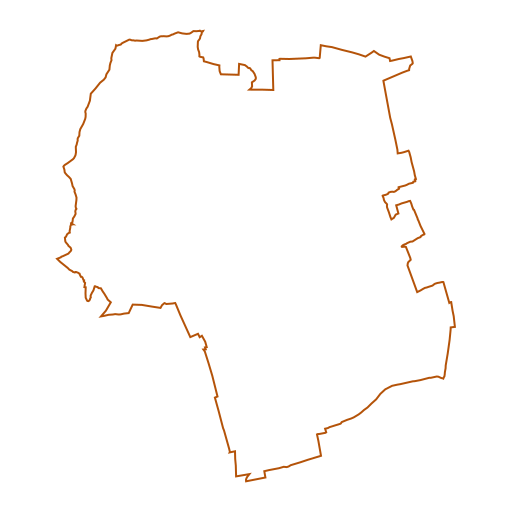 Negresti, Vaslui, Romania, rotated 90°
{"feature_id": "2599482B79763649175164", "entity_name": "Negresti", "entity_type": "district", "adm_level": 2, "iso_a3": "ROU", "parent_name": "Romania", "parent_adm1": "Vaslui", "projection": "mercator", "projection_center": [27.465, 46.836], "detail": "fine", "context": "isolated", "style": "outline", "palette": "amber", "viewbox_px": 512, "rotation_deg": 90, "n_neighbors": 0, "source": "geoboundaries", "source_scale": "gbopen_adm2", "svg_char_len": 5946}
<svg xmlns="http://www.w3.org/2000/svg" viewBox="0 0 512 512"><g transform="rotate(90 256 256)"><path d="M258.8,454.9L261.9,451.8L268.2,444.0L269.6,442.7L271.2,439.7L271.9,439.1L272.5,437.1L272.0,436.6L272.0,435.9L272.9,433.6L273.6,432.8L273.7,432.4L274.8,432.1L276.8,431.1L276.8,430.3L277.5,429.5L279.4,428.8L280.0,428.3L280.5,428.3L280.5,427.9L281.7,428.0L282.9,426.9L287.1,427.6L287.3,426.3L293.3,426.5L297.7,426.3L300.7,424.9L301.0,424.4L301.1,423.5L300.4,422.6L299.5,422.1L298.4,421.8L297.4,421.2L296.3,421.4L295.4,421.3L292.5,419.9L291.5,419.2L290.2,418.5L286.3,417.3L286.2,417.0L286.7,416.0L287.1,414.3L288.1,413.5L288.3,411.1L291.4,409.3L293.7,407.7L298.5,404.8L299.5,404.4L302.3,401.2L310.7,406.1L316.4,411.0L315.8,407.6L314.8,403.4L314.5,399.1L314.1,396.8L314.5,393.4L314.4,391.4L313.6,388.0L313.1,383.3L304.6,379.3L304.9,370.2L306.6,360.0L307.9,351.5L305.2,350.0L303.2,347.7L303.1,347.4L304.0,345.7L303.5,339.4L303.0,336.8L304.4,336.1L315.3,331.6L337.1,321.7L333.8,314.0L337.2,312.3L335.8,310.1L341.7,306.8L347.1,305.3L347.4,307.0L349.3,306.3L349.5,308.6L351.4,307.2L363.4,303.4L375.8,299.7L396.5,294.5L397.6,297.1L411.3,293.3L428.2,288.9L430.4,288.0L448.6,282.9L452.0,282.1L452.4,282.3L451.3,277.0L459.0,276.8L465.6,276.2L476.4,275.9L474.1,262.6L476.9,264.8L478.4,265.6L479.8,266.0L481.3,265.9L477.5,246.6L471.2,247.7L470.1,243.0L468.2,233.0L466.8,228.3L467.1,225.3L466.5,223.4L465.2,221.3L462.3,211.7L459.8,204.2L455.8,191.0L441.0,193.6L434.4,195.0L434.1,194.4L433.9,192.2L432.8,186.5L432.3,185.8L428.7,186.9L428.1,184.2L427.1,182.4L423.8,171.7L423.5,171.2L422.1,170.3L419.9,165.0L418.5,160.8L417.4,158.3L414.4,153.3L412.5,150.8L410.0,148.0L407.5,144.5L403.6,140.6L399.3,135.8L393.8,131.6L389.3,126.7L385.8,119.9L384.6,114.4L384.2,111.9L381.3,99.1L381.2,97.4L380.1,91.6L377.8,82.8L377.8,81.2L376.5,75.2L376.7,73.6L378.0,70.8L378.4,69.1L378.6,68.7L377.3,68.2L376.4,67.6L374.6,67.3L372.1,67.1L368.2,66.4L365.5,66.3L353.6,64.3L340.0,62.4L329.8,61.4L327.4,61.3L326.9,57.1L316.2,58.3L310.9,59.4L302.1,60.8L302.2,61.6L302.9,62.7L282.1,68.6L282.0,68.8L282.0,69.9L282.6,72.4L283.0,74.7L283.7,76.9L284.0,77.5L285.6,79.5L286.8,83.3L287.5,85.3L287.9,87.1L289.1,89.3L290.4,91.4L292.1,94.8L265.5,104.5L263.3,104.2L262.1,103.7L259.8,101.3L258.0,101.7L246.9,106.1L246.8,106.4L246.7,107.7L246.9,109.6L246.8,110.2L246.4,110.3L245.2,109.1L244.9,108.2L244.5,107.8L243.9,105.9L243.2,105.0L241.7,101.7L241.5,99.5L238.1,94.2L237.8,93.2L237.4,92.5L237.2,91.6L235.9,90.8L234.6,88.5L234.4,87.7L234.0,87.5L225.9,91.5L220.3,93.7L219.6,94.2L218.5,94.4L209.8,98.0L209.7,98.4L209.6,98.6L206.3,99.9L203.6,100.7L200.9,101.9L201.1,103.1L201.9,105.1L203.4,110.4L204.5,113.0L205.3,115.8L213.5,113.6L214.6,116.3L217.8,118.1L219.4,120.6L217.0,121.6L212.3,123.1L207.5,124.9L206.0,125.1L204.5,124.9L203.9,125.2L202.2,126.9L201.1,127.5L199.8,128.1L198.1,128.4L195.8,129.4L195.5,129.1L194.8,126.2L194.0,124.3L193.7,123.9L192.6,123.4L191.9,121.5L191.7,119.6L191.9,118.5L191.7,117.4L190.7,115.8L189.9,114.9L188.8,113.0L188.6,112.9L187.8,113.4L187.2,113.4L185.5,106.8L184.9,105.3L183.7,103.0L182.8,99.1L182.5,98.8L181.9,98.8L181.6,98.6L181.4,97.0L181.3,96.7L180.9,96.6L179.4,97.2L179.2,97.0L179.0,96.1L175.2,97.2L171.3,97.9L162.1,100.4L157.4,101.3L152.0,102.8L150.7,103.5L152.2,108.2L152.8,110.6L153.4,114.3L149.7,114.6L139.9,116.6L124.2,120.1L117.8,121.8L80.9,128.6L80.7,128.6L72.7,109.9L70.8,104.9L70.2,102.9L68.7,102.8L65.5,101.8L63.9,99.7L63.4,99.3L62.8,99.3L61.0,99.6L56.5,101.2L58.1,108.3L59.0,113.2L60.6,119.8L61.0,121.9L58.2,122.5L56.7,127.4L54.7,132.8L51.0,138.1L52.8,140.6L56.6,146.5L54.3,153.2L52.4,159.8L49.9,170.0L47.1,180.1L46.3,185.7L45.2,191.2L57.8,192.3L58.1,192.5L58.2,192.9L57.7,196.9L57.7,199.1L58.3,206.1L59.0,222.6L58.8,231.9L58.9,232.5L60.2,232.5L60.3,239.5L90.0,238.7L89.7,248.7L89.7,258.6L89.6,262.5L88.2,260.8L86.4,259.9L82.4,260.1L81.9,259.6L81.4,258.6L80.4,257.3L78.8,256.2L77.3,256.2L73.8,257.5L71.1,259.3L70.3,260.6L68.3,261.9L68.0,262.6L68.1,263.2L67.9,263.7L67.5,264.3L66.8,264.8L65.1,267.1L63.9,272.9L74.8,273.4L74.3,291.1L71.6,292.2L70.8,292.4L66.9,292.7L65.4,292.6L64.1,298.4L62.0,305.4L61.3,308.1L58.6,308.4L57.4,308.8L56.8,311.9L56.4,312.6L54.5,312.6L52.1,312.9L49.4,313.9L46.9,314.3L41.7,314.1L40.9,313.8L39.4,312.6L38.3,312.0L36.2,311.6L34.3,310.5L31.8,310.0L31.5,309.6L31.4,309.1L31.0,308.9L31.3,310.3L31.3,310.9L31.1,311.7L30.7,312.1L30.9,312.4L31.2,315.5L31.1,318.6L32.7,320.8L33.6,322.4L33.9,325.5L33.4,329.8L32.3,333.9L33.6,337.4L34.5,339.2L34.6,340.1L35.7,342.2L36.2,343.7L36.4,345.5L36.2,348.1L36.3,351.1L36.6,352.3L38.5,355.2L38.3,355.9L38.4,357.3L39.0,360.1L39.1,361.3L39.7,362.9L40.4,365.6L40.7,368.1L40.9,369.6L40.5,375.6L40.7,376.9L40.3,378.7L40.3,380.2L39.6,382.1L39.7,382.9L42.6,388.8L43.5,390.4L44.4,391.0L44.7,391.7L45.0,393.1L45.6,394.7L45.6,395.3L45.2,395.9L48.7,396.6L52.9,399.6L58.2,400.7L60.2,400.5L63.0,401.6L65.5,402.2L69.7,402.6L74.3,405.6L77.4,406.4L79.7,408.2L82.7,411.9L88.6,416.6L93.7,421.2L100.7,422.1L106.8,424.4L108.5,425.6L110.9,426.6L112.0,426.7L113.7,426.3L116.9,426.4L118.9,426.8L124.0,428.8L129.1,431.7L132.1,432.5L135.7,432.7L138.0,434.1L139.0,434.4L140.6,434.3L142.9,435.0L144.5,435.3L146.8,436.2L152.2,436.0L154.7,436.4L155.4,436.6L158.1,438.0L159.1,438.9L163.1,444.3L164.8,447.0L165.8,448.1L166.6,448.6L169.7,447.6L172.2,447.3L173.2,446.7L175.3,444.9L176.9,443.1L178.9,441.3L183.3,440.0L186.1,439.4L189.0,437.7L190.2,437.3L191.7,437.5L194.5,436.4L197.6,435.5L200.1,435.6L206.2,436.4L208.1,436.1L208.6,435.6L209.0,435.6L210.0,436.4L211.2,436.7L213.9,436.4L216.5,437.7L218.5,439.1L222.0,439.5L223.0,440.7L223.8,439.9L224.2,439.3L224.1,440.7L224.7,440.5L224.8,441.1L226.6,441.7L227.6,441.7L231.2,442.4L232.6,442.2L232.9,443.1L233.6,444.1L234.3,444.9L236.7,446.0L237.6,447.1L241.3,446.7L242.2,446.3L244.9,444.0L245.8,443.6L247.7,441.4L249.6,440.7L250.2,440.8L251.1,441.3L252.6,442.8L253.6,443.6L256.3,449.4L256.7,450.7L257.3,451.1L258.8,454.9Z" fill="none" stroke="#b45309" stroke-width="2"/></g></svg>